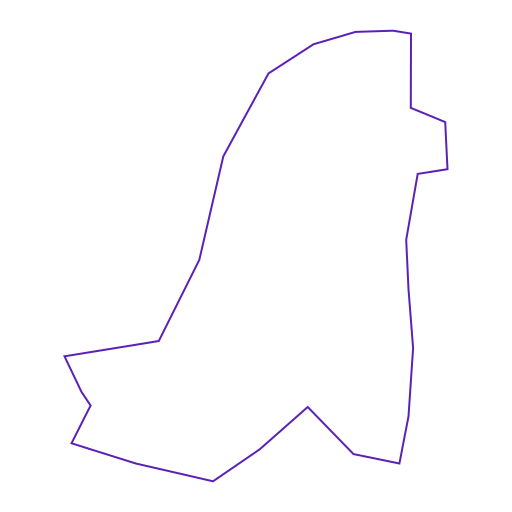 the Parish of Saint David
{"feature_id": "VCT-5066", "entity_name": "Saint David", "entity_type": "Parish", "adm_level": 1, "iso_a3": "VCT", "parent_name": "Saint Vincent and the Grenadines", "parent_adm1": "", "projection": "orthographic", "projection_center": [-61.207, 13.318], "detail": "fine", "context": "isolated", "style": "outline", "palette": "violet", "viewbox_px": 512, "rotation_deg": 0, "n_neighbors": 0, "source": "natural_earth", "source_scale": "10m", "svg_char_len": 441}
<svg xmlns="http://www.w3.org/2000/svg" viewBox="0 0 512 512"><path d="M71.5,443.3L90.6,405.5L81.5,391.9L64.5,356.3L158.8,341.0L199.3,259.9L223.3,156.4L268.5,73.4L313.6,44.2L355.5,31.9L393.1,30.7L411.0,33.6L410.8,107.9L445.2,122.1L447.5,169.2L417.7,173.9L406.2,239.8L408.5,289.3L413.1,348.1L408.5,416.4L399.4,463.5L353.5,454.1L307.7,407.0L259.6,449.4L213.0,481.3L135.8,463.5L71.5,443.3Z" fill="none" stroke="#5b21b6" stroke-width="2"/></svg>